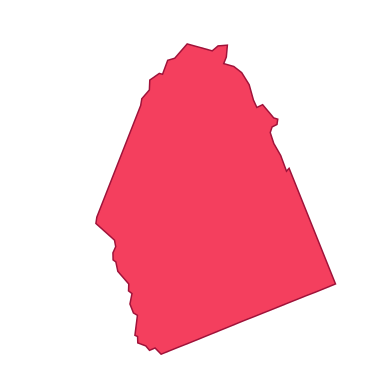 outline of Costilla, Colorado, United States of America, rotated 338°
{"feature_id": "52423323B77576079011979", "entity_name": "Costilla", "entity_type": "district", "adm_level": 2, "iso_a3": "USA", "parent_name": "United States of America", "parent_adm1": "Colorado", "projection": "mercator", "projection_center": [-105.457, 37.327], "detail": "fine", "context": "isolated", "style": "filled", "palette": "rose", "viewbox_px": 384, "rotation_deg": 338, "n_neighbors": 0, "source": "geoboundaries", "source_scale": "gbopen_adm2", "svg_char_len": 917}
<svg xmlns="http://www.w3.org/2000/svg" viewBox="0 0 384 384"><g transform="rotate(338 192 192)"><path d="M94.3,179.7L91.1,185.2L102.1,207.6L100.8,214.1L95.9,218.8L93.4,225.4L95.2,228.3L93.5,237.8L98.9,253.6L96.1,259.9L98.3,263.7L92.5,272.6L92.4,282.2L95.2,285.9L85.4,303.5L87.4,305.6L85.2,311.6L91.5,317.4L93.3,322.9L99.3,322.8L102.6,330.8L103.3,330.8L120.6,330.8L133.0,330.9L164.2,330.8L171.4,330.8L172.6,330.8L187.1,330.7L193.1,330.7L194.7,330.7L202.3,330.8L258.5,330.9L268.7,331.1L268.8,331.1L290.6,331.0L290.9,206.4L287.4,208.1L287.9,191.4L286.0,177.7L286.8,166.2L290.6,161.7L296.1,161.2L298.8,156.6L295.5,153.9L290.2,137.5L283.8,137.9L283.4,129.8L285.2,113.9L282.8,100.0L277.8,91.3L269.5,84.8L274.4,79.7L279.8,69.1L270.9,66.3L263.6,68.7L243.0,52.9L226.1,61.5L218.8,60.8L208.8,71.8L206.1,69.8L194.8,72.4L190.7,81.4L180.4,86.7L176.8,92.6L94.3,179.7Z" fill="#f43f5e" stroke="#9f1239" stroke-width="1.5"/></g></svg>